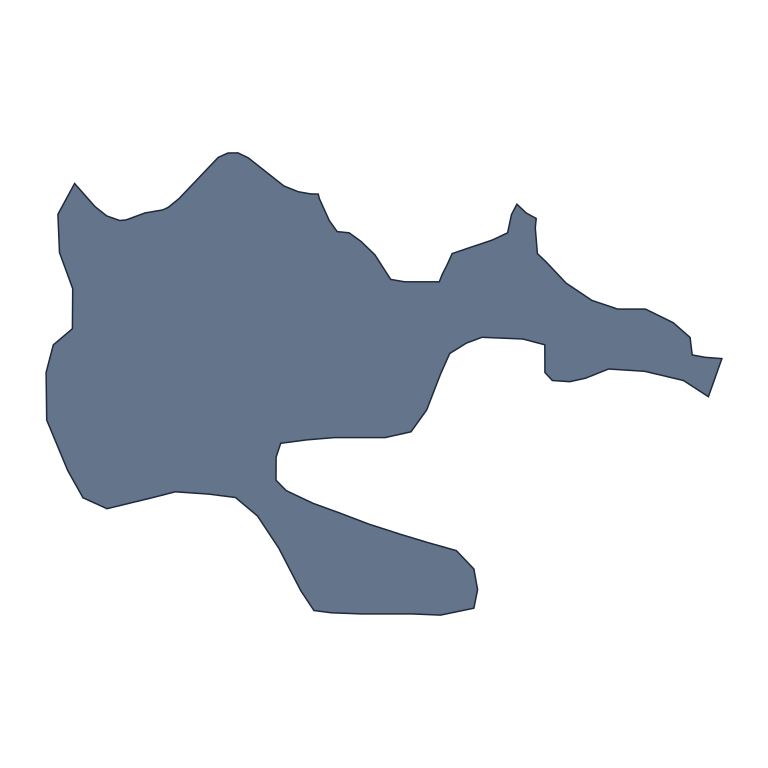 the border of Doboj
{"feature_id": "BIH-4801", "entity_name": "Doboj", "entity_type": "state/province", "adm_level": 1, "iso_a3": "BIH", "parent_name": "Bosnia and Herzegovina", "parent_adm1": "", "projection": "robinson", "projection_center": [18.222, 44.862], "detail": "fine", "context": "isolated", "style": "filled", "palette": "slate", "viewbox_px": 768, "rotation_deg": 0, "n_neighbors": 0, "source": "natural_earth", "source_scale": "10m", "svg_char_len": 1404}
<svg xmlns="http://www.w3.org/2000/svg" viewBox="0 0 768 768"><path d="M74.6,183.5L95.0,206.6L106.7,215.9L119.7,220.5L126.1,219.9L145.1,212.9L162.8,209.9L168.3,207.3L179.0,198.6L218.2,157.4L227.9,153.0L238.0,152.9L248.2,157.8L283.8,185.9L298.1,191.7L310.6,193.9L318.3,194.1L318.3,194.4L319.4,198.7L329.3,220.6L337.2,231.6L349.1,232.8L361.0,241.4L374.9,254.8L390.7,279.4L404.6,281.8L425.4,281.8L439.3,281.8L442.2,274.4L447.2,264.6L452.1,253.6L470.0,247.5L491.8,240.2L507.6,232.8L511.5,214.5L516.9,204.2L526.1,212.9L536.2,218.5L535.3,228.0L537.4,253.6L546.3,262.1L566.1,283.1L591.9,300.4L617.7,309.1L645.5,309.1L673.2,322.7L690.1,337.5L692.2,354.9L705.0,357.3L721.9,358.6L708.4,396.7L683.4,380.5L644.6,371.3L608.6,369.0L585.5,378.2L569.8,381.7L552.3,380.5L544.9,372.5L544.9,363.2L544.8,344.8L522.7,339.0L482.0,337.3L466.4,343.1L449.7,353.5L440.5,374.2L426.7,409.9L411.0,431.8L385.1,437.6L334.3,437.6L306.6,439.9L280.7,443.3L276.1,457.2L276.0,480.2L286.2,490.6L313.0,503.3L341.6,513.7L368.5,524.0L400.8,534.4L427.6,542.5L456.3,550.6L473.9,569.0L477.6,589.7L473.9,608.2L440.6,615.1L411.0,613.9L410.9,613.9L361.1,613.9L331.5,612.8L313.9,610.5L300.9,590.9L278.8,548.2L257.5,516.0L235.4,497.5L208.6,494.1L175.3,491.8L153.1,497.5L107.0,508.7L83.0,497.8L67.7,470.5L46.7,420.0L46.1,372.4L53.3,344.9L72.4,328.7L72.7,288.6L59.5,252.6L57.9,214.3L74.6,183.5Z" fill="#64748b" stroke="#1e293b" stroke-width="1.5"/></svg>